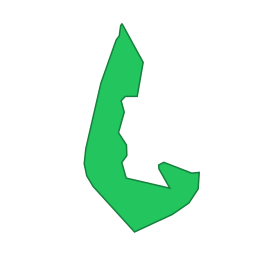 SVG path tracing the border of Sefton, rotated 342°
{"feature_id": "GBR-5667", "entity_name": "Sefton", "entity_type": "Metropolitan Borough", "adm_level": 1, "iso_a3": "GBR", "parent_name": "United Kingdom", "parent_adm1": "", "projection": "orthographic", "projection_center": [-2.99, 53.595], "detail": "fine", "context": "isolated", "style": "filled", "palette": "green", "viewbox_px": 256, "rotation_deg": 342, "n_neighbors": 0, "source": "natural_earth", "source_scale": "10m", "svg_char_len": 554}
<svg xmlns="http://www.w3.org/2000/svg" viewBox="0 0 256 256"><g transform="rotate(342 128 128)"><path d="M102.1,228.9L76.8,172.9L74.0,160.8L75.3,148.5L81.5,134.6L116.0,77.1L143.9,40.7L148.2,37.6L152.7,28.3L154.4,27.1L154.8,28.3L155.3,31.0L162.7,70.3L146.5,100.8L135.2,97.1L129.9,100.0L129.3,111.8L117.5,129.5L121.3,143.7L118.4,153.8L111.4,158.9L110.8,175.1L149.2,198.2L144.8,176.6L145.7,172.7L151.4,171.7L174.6,190.6L182.0,192.3L175.9,207.6L162.8,218.1L143.4,223.9L124.1,226.2L102.1,228.9Z" fill="#22c55e" stroke="#15803d" stroke-width="1.5"/></g></svg>